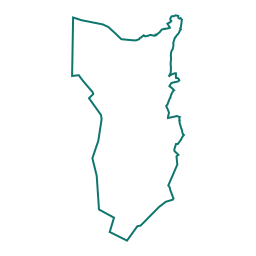 Ekwusigo, Anambra, Nigeria (Equal Earth projection)
{"feature_id": "59680162B99060674505372", "entity_name": "Ekwusigo", "entity_type": "district", "adm_level": 2, "iso_a3": "NGA", "parent_name": "Nigeria", "parent_adm1": "Anambra", "projection": "equal_earth", "projection_center": [6.858, 5.982], "detail": "fine", "context": "isolated", "style": "outline", "palette": "teal", "viewbox_px": 256, "rotation_deg": 0, "n_neighbors": 0, "source": "geoboundaries", "source_scale": "gbopen_adm2", "svg_char_len": 2338}
<svg xmlns="http://www.w3.org/2000/svg" viewBox="0 0 256 256"><path d="M73.1,17.5L72.1,76.0L78.8,75.2L81.0,78.3L83.2,81.1L92.7,92.3L93.2,94.1L89.0,98.2L101.0,115.0L101.6,119.3L98.3,140.8L92.4,158.2L96.7,175.8L99.0,209.5L114.0,217.7L109.7,232.0L127.0,240.6L137.4,226.2L140.6,225.6L153.7,212.4L158.9,207.1L165.7,201.8L172.7,199.7L173.5,198.6L170.3,190.1L170.1,189.0L169.7,187.4L168.3,185.5L173.0,174.6L177.3,164.6L176.5,156.3L178.4,154.8L177.0,153.4L175.9,152.5L174.4,150.9L174.3,149.5L174.7,148.2L174.9,147.5L175.5,145.7L176.0,144.0L177.8,144.0L181.0,139.7L182.4,136.8L183.9,135.0L183.0,134.3L182.4,132.7L182.4,132.3L182.2,131.8L182.2,131.5L182.2,131.0L182.2,130.8L182.1,130.4L182.0,130.1L181.9,129.8L181.7,129.4L181.3,128.7L180.2,124.9L179.8,123.5L179.5,121.7L179.4,121.4L179.3,120.9L179.3,120.6L179.8,120.2L179.4,119.5L179.3,118.2L179.8,117.1L176.7,116.0L175.5,116.4L171.4,117.3L168.0,118.0L168.0,117.7L168.0,116.8L169.0,112.7L167.9,109.7L166.2,106.1L167.6,104.2L168.2,102.3L170.1,97.7L170.4,97.7L170.5,96.9L171.0,95.2L172.0,93.0L173.1,91.1L173.4,90.7L174.1,90.3L172.7,88.8L171.6,87.8L169.4,86.2L171.1,83.3L172.8,82.6L175.1,82.1L177.5,81.6L178.3,81.3L179.3,80.2L178.6,78.9L177.7,78.1L177.3,78.0L176.2,78.1L175.9,77.5L175.9,73.3L175.2,73.2L173.3,73.8L171.0,74.8L168.7,76.5L170.5,73.3L170.7,72.6L170.8,71.2L170.9,67.9L170.9,66.4L170.6,64.6L170.7,62.1L171.1,59.1L170.8,55.2L171.2,51.9L171.9,50.2L172.7,49.3L173.5,45.2L173.2,43.1L173.9,40.9L174.8,37.8L175.1,37.7L177.1,34.9L177.9,34.2L178.7,33.2L179.1,32.3L179.6,31.1L179.9,30.5L180.9,29.4L180.2,28.5L180.5,28.3L180.9,26.9L181.9,19.6L181.2,19.1L180.6,18.1L180.4,18.2L179.9,18.5L179.4,18.5L178.8,18.3L178.4,17.8L178.2,15.9L176.8,15.6L175.8,15.4L175.4,15.4L174.6,15.8L173.4,16.3L172.6,16.2L171.9,16.2L171.5,16.5L171.1,17.0L170.8,17.5L170.5,18.1L170.2,19.4L170.5,19.9L170.9,20.6L171.3,21.0L170.9,21.7L170.7,21.8L169.6,22.6L169.2,22.7L168.6,22.9L168.1,23.2L167.4,23.7L168.5,25.4L169.9,27.7L169.0,28.1L168.3,28.3L166.9,28.6L165.9,28.6L165.2,28.9L164.8,29.1L164.1,28.8L162.6,29.4L161.7,29.6L159.5,32.4L157.2,34.1L156.5,35.0L155.5,34.6L154.8,35.8L150.5,34.9L147.8,35.8L145.5,36.3L144.5,36.1L143.8,35.3L142.4,36.3L141.3,37.3L140.3,37.9L139.6,38.3L139.2,39.2L135.9,40.4L132.0,40.2L121.3,39.2L115.8,33.8L108.2,26.9L102.7,24.4L81.5,20.2L73.1,17.5Z" fill="none" stroke="#0f766e" stroke-width="2"/></svg>